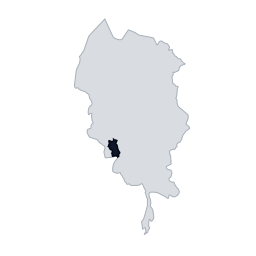 Paktya highlighted on a map of Afghanistan, rotated 111°
{"feature_id": "AFG-3413", "entity_name": "Paktya", "entity_type": "Province", "adm_level": 1, "iso_a3": "AFG", "parent_name": "Afghanistan", "parent_adm1": "", "projection": "orthographic", "projection_center": [69.398, 33.616], "detail": "fine", "context": "in_parent", "style": "filled", "palette": "ink", "viewbox_px": 256, "rotation_deg": 111, "n_neighbors": 0, "source": "natural_earth", "source_scale": "10m", "svg_char_len": 5251}
<svg xmlns="http://www.w3.org/2000/svg" viewBox="0 0 256 256"><g transform="rotate(111 128 128)"><path d="M115.1,74.2L119.6,73.9L122.6,74.5L124.2,76.1L125.7,76.6L127.3,75.8L128.3,75.7L128.6,76.2L129.4,76.4L130.5,76.4L131.2,76.8L131.4,77.8L132.2,79.0L133.7,80.5L135.1,80.9L137.0,79.7L137.6,79.9L137.9,79.5L138.1,78.7L139.2,77.9L141.2,77.2L142.4,76.6L142.8,76.0L143.5,75.9L144.2,76.1L144.8,75.9L145.2,75.1L145.9,74.9L146.5,75.0L149.3,77.7L150.3,78.4L150.8,78.3L152.2,76.9L152.4,75.6L152.0,73.8L152.3,72.4L153.2,71.4L154.9,70.7L157.3,70.5L158.8,70.6L159.4,71.2L160.2,71.5L161.1,71.5L162.0,70.9L162.8,69.6L162.8,68.0L162.1,66.1L162.3,65.5L163.5,64.5L164.8,63.1L166.0,61.2L167.2,58.9L168.7,57.5L170.4,57.0L172.6,57.5L175.2,59.2L176.2,61.4L175.6,64.0L175.6,65.4L176.1,65.6L179.0,65.1L179.4,65.5L179.4,66.2L179.0,67.3L178.5,70.3L177.8,77.9L179.1,82.3L180.0,84.1L180.9,84.7L181.8,84.8L182.6,84.7L184.4,83.5L187.0,81.3L189.6,79.9L193.3,79.1L194.5,76.7L196.2,75.2L200.1,72.8L202.2,71.9L203.5,71.7L206.5,72.4L206.7,73.1L206.5,73.8L205.7,74.4L205.4,74.9L205.8,75.3L207.0,75.3L212.2,73.6L213.3,72.1L214.4,72.0L216.6,72.5L218.3,72.2L219.2,72.8L221.4,74.6L220.7,74.8L219.8,74.5L219.3,73.8L217.2,74.8L214.9,76.2L215.0,76.5L217.2,78.2L212.9,80.4L211.0,81.6L210.5,81.7L207.5,80.8L199.2,81.4L193.0,82.2L190.6,83.3L188.3,83.9L187.1,84.4L186.4,85.5L183.0,88.0L182.4,88.8L180.4,88.8L178.5,91.1L175.6,93.9L175.0,95.2L175.4,95.8L177.0,96.8L177.7,97.7L178.9,100.3L179.4,102.1L180.1,102.9L180.5,105.1L179.8,106.4L179.9,107.0L180.9,108.7L180.6,109.2L179.9,110.0L178.8,112.2L176.7,113.8L175.9,115.2L174.4,116.8L173.8,118.1L173.2,118.8L172.5,119.2L172.7,119.9L173.3,120.8L174.3,121.7L174.3,125.7L173.8,126.8L171.1,127.9L168.6,128.4L165.4,128.5L164.2,128.3L159.9,126.9L158.5,127.7L158.2,129.4L160.7,132.2L161.8,133.8L162.9,136.4L163.8,137.8L163.5,139.0L159.0,141.9L156.1,142.2L154.3,142.6L153.4,143.3L152.8,146.3L152.1,147.4L152.1,148.7L151.5,150.2L150.6,151.1L149.9,152.7L150.4,160.6L147.8,163.7L146.3,164.8L144.9,165.3L143.7,165.1L142.2,163.3L141.2,162.6L140.2,162.8L139.1,163.4L137.5,163.2L136.0,162.5L135.3,162.6L134.9,163.2L133.4,164.5L129.6,166.5L128.0,166.7L127.4,167.2L127.6,168.0L128.3,168.7L129.5,169.2L129.5,169.8L127.6,170.8L125.6,171.4L123.4,171.7L121.0,171.2L119.9,170.3L118.5,170.2L117.2,170.8L115.8,171.9L113.9,174.6L111.1,176.2L110.4,177.9L109.5,181.0L109.6,185.6L109.3,187.6L108.6,188.9L108.7,189.9L109.6,191.1L109.2,191.9L108.4,192.7L107.7,193.2L92.6,197.0L90.2,197.0L88.9,196.8L84.7,196.6L83.0,196.8L81.2,197.3L79.8,198.0L78.8,199.0L77.1,198.3L71.6,197.0L56.5,197.5L55.1,197.1L34.6,188.7L48.5,174.3L48.9,173.0L49.1,170.5L48.6,167.1L47.4,165.4L36.3,162.8L36.1,160.1L36.4,159.0L36.3,156.7L36.5,154.9L37.2,152.1L37.3,150.8L34.9,137.7L34.9,136.5L37.3,133.7L40.1,131.0L40.0,130.5L38.7,130.1L36.7,129.9L35.7,129.4L35.0,128.5L34.7,127.3L35.5,125.3L35.3,121.2L37.6,118.1L40.8,118.1L39.4,115.5L39.1,115.2L39.0,114.8L39.2,114.4L40.0,114.3L42.1,112.9L42.2,112.0L44.0,109.8L43.9,108.8L45.2,106.1L44.8,104.3L44.8,103.3L46.0,102.7L46.9,100.2L47.4,99.6L47.5,99.0L47.3,97.9L48.4,97.9L49.3,99.3L50.7,100.8L51.7,101.3L52.9,101.6L55.8,101.3L56.3,101.4L59.1,104.1L59.6,104.7L59.7,105.7L60.2,106.0L61.3,105.2L62.3,104.9L64.2,105.3L65.2,105.0L70.1,102.3L70.6,100.4L71.1,99.3L71.8,98.7L71.2,96.4L71.5,96.0L72.1,95.9L73.7,96.0L81.0,93.9L82.9,94.0L83.3,93.9L83.5,93.2L84.0,92.5L87.5,90.9L89.6,89.1L90.3,87.8L94.1,76.8L95.8,75.9L97.6,75.3L103.5,75.3L104.7,71.9L105.3,71.1L106.3,70.3L110.5,72.9L115.1,74.2Z" fill="#d9dde1" stroke="#a8b0b8" stroke-width="1"/><path d="M158.7,127.2L158.5,127.3L158.3,127.5L158.2,127.7L158.3,128.0L158.0,128.5L157.9,128.7L157.9,128.9L158.3,129.3L158.4,129.5L158.6,130.1L158.7,130.4L159.1,130.8L159.2,131.1L159.3,131.4L159.4,131.7L159.6,131.8L159.9,131.9L159.9,132.1L159.8,132.3L159.6,132.6L159.2,132.7L158.8,133.0L158.5,133.1L158.3,133.3L158.0,133.4L157.9,133.4L157.8,133.5L157.7,133.5L157.3,134.1L157.1,134.0L157.0,133.9L156.1,134.0L155.3,134.3L155.1,134.4L154.9,134.5L154.5,134.9L154.4,135.0L154.2,135.5L154.1,135.8L154.4,136.1L154.1,137.1L154.0,137.3L153.8,137.5L153.5,137.8L152.7,138.4L152.7,138.5L152.6,138.9L152.4,139.2L152.2,139.4L152.1,139.5L152.1,139.8L151.8,139.7L151.7,139.7L151.4,139.6L150.8,139.9L150.6,139.9L150.3,139.8L149.9,139.5L149.8,139.4L149.7,139.3L149.4,139.4L149.4,139.5L149.5,139.6L149.4,139.7L149.3,139.8L148.9,140.1L148.2,140.4L147.7,140.7L147.3,141.0L147.1,141.1L146.9,141.2L146.7,141.1L146.6,140.8L146.6,140.6L146.6,140.4L146.5,139.3L146.5,139.0L146.6,138.3L146.6,138.1L146.5,137.9L146.3,137.6L146.1,137.3L146.0,137.2L145.7,137.1L145.4,137.2L145.2,137.1L144.6,137.0L143.7,137.4L143.8,137.1L144.1,136.4L144.1,136.1L144.0,135.8L143.8,135.5L143.7,135.3L143.7,135.0L143.7,134.5L143.7,133.9L145.7,133.9L145.9,134.0L146.2,134.1L146.3,134.1L146.5,134.1L146.9,133.9L147.0,133.9L147.1,133.7L147.4,133.3L147.5,132.8L147.8,132.4L147.9,132.2L148.1,132.1L149.4,131.1L150.7,130.5L151.1,130.2L151.3,129.9L152.0,129.2L152.6,128.7L152.9,128.4L153.1,128.2L153.4,127.6L153.6,127.3L153.6,127.2L153.9,127.0L154.0,126.9L154.4,126.9L154.6,126.9L155.1,127.0L155.6,127.1L155.8,127.2L155.9,127.3L155.9,127.5L156.1,127.7L156.9,127.2L157.4,126.6L157.5,126.5L157.8,126.6L158.6,127.1L158.7,127.2Z" fill="#0f172a" stroke="#020617" stroke-width="1.5"/></g></svg>